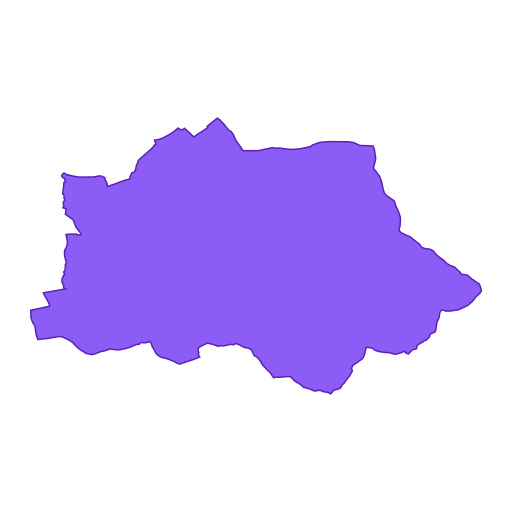 the district of Bagaciu, Mures, Romania
{"feature_id": "2599482B34559158259683", "entity_name": "Bagaciu", "entity_type": "district", "adm_level": 2, "iso_a3": "ROU", "parent_name": "Romania", "parent_adm1": "Mures", "projection": "equal_earth", "projection_center": [24.35, 46.273], "detail": "fine", "context": "isolated", "style": "filled", "palette": "violet", "viewbox_px": 512, "rotation_deg": 0, "n_neighbors": 0, "source": "geoboundaries", "source_scale": "gbopen_adm2", "svg_char_len": 5979}
<svg xmlns="http://www.w3.org/2000/svg" viewBox="0 0 512 512"><path d="M273.6,377.8L277.1,377.0L279.0,377.3L286.9,376.6L289.7,376.6L290.4,376.8L291.0,377.1L294.3,380.6L296.1,382.0L299.5,383.9L301.7,385.5L303.3,387.1L303.9,387.5L305.6,387.7L307.1,388.5L308.9,388.5L310.4,389.4L314.1,390.9L316.2,390.9L317.1,390.8L318.8,390.1L319.5,390.4L321.3,390.7L323.9,391.8L325.6,392.1L327.2,392.1L330.6,393.8L330.9,393.7L333.6,390.5L334.1,390.1L334.8,389.8L337.5,389.4L340.1,388.2L340.7,387.8L342.2,384.9L344.0,383.3L346.5,379.8L349.0,376.8L350.0,375.3L351.7,372.2L352.4,370.5L351.7,369.1L351.5,367.9L352.1,367.0L352.5,365.9L353.1,365.1L357.3,362.5L361.5,359.3L362.9,358.1L363.2,357.7L364.4,354.9L366.1,347.8L366.4,347.5L367.0,347.3L369.6,347.7L371.9,347.9L372.4,348.2L373.6,349.3L375.0,350.2L376.1,350.7L377.1,350.9L377.5,351.3L378.4,351.4L379.9,351.7L384.7,352.4L389.6,352.7L393.2,353.9L395.2,354.2L396.1,354.2L400.8,352.8L403.9,351.5L404.4,351.4L405.0,351.4L405.2,352.4L405.7,353.0L407.1,353.6L408.9,353.8L409.4,352.8L412.6,349.8L413.6,349.4L416.2,349.0L417.6,344.9L422.6,342.1L424.2,340.8L425.7,340.4L427.2,339.2L428.7,337.8L429.3,337.0L429.5,336.6L430.1,334.4L430.8,333.8L431.4,333.5L433.9,332.5L435.0,331.9L435.8,330.1L436.8,322.9L437.2,321.8L438.8,318.3L439.2,316.8L439.7,313.2L440.3,311.7L441.3,310.4L442.0,310.0L442.7,310.0L445.5,311.0L446.9,311.1L450.2,311.0L458.1,309.9L467.5,305.6L468.8,304.6L472.7,301.1L476.0,296.8L479.7,293.4L481.3,291.1L481.2,289.8L480.6,287.6L479.4,284.0L476.8,282.4L473.6,280.1L471.1,278.5L469.7,277.0L467.0,275.0L463.7,274.5L462.1,274.6L461.5,274.3L460.0,272.2L454.2,266.8L450.4,265.6L446.7,263.4L443.0,259.7L439.4,257.3L437.4,255.6L434.5,252.7L433.7,251.2L433.3,250.9L430.1,249.2L425.1,248.6L421.7,247.3L420.4,245.4L418.9,243.7L416.1,241.6L415.0,240.5L413.3,239.5L411.2,237.5L409.6,236.5L405.4,234.8L402.6,233.4L401.0,232.5L398.9,230.3L400.0,226.2L400.4,221.3L400.4,217.8L400.1,216.3L399.8,215.9L399.7,214.9L398.9,212.8L397.3,209.0L395.9,206.2L394.5,201.6L393.8,200.5L390.7,198.5L386.0,195.1L384.4,193.0L383.8,191.3L382.9,188.2L382.1,183.9L381.4,181.4L379.8,176.9L379.3,175.8L376.9,172.8L375.9,171.2L374.6,169.8L373.6,168.2L373.6,167.3L374.0,165.6L374.8,162.8L375.7,158.5L374.3,149.0L373.5,147.3L373.4,146.1L365.9,145.6L359.9,145.5L354.0,142.7L348.8,141.8L329.3,141.6L321.5,142.2L318.7,142.7L312.3,145.1L310.7,146.5L310.1,146.7L300.7,148.7L294.9,149.3L290.8,149.4L283.3,148.6L279.9,148.0L274.2,148.2L273.1,147.6L272.5,147.6L258.2,150.7L243.1,150.7L240.4,146.6L235.6,140.0L233.4,134.7L231.1,131.5L228.6,130.1L226.4,127.4L223.2,123.2L222.4,122.8L220.2,120.1L218.9,119.5L217.8,118.3L217.2,118.2L207.1,126.3L207.8,127.7L197.4,134.4L193.8,136.9L184.6,128.3L181.6,130.1L178.0,128.1L174.5,131.1L171.1,133.5L164.9,137.0L161.8,138.5L161.3,138.5L158.1,139.7L157.3,139.6L156.6,139.9L154.6,140.1L155.2,142.2L156.0,144.5L153.9,145.4L154.1,145.9L151.0,149.2L140.0,158.8L138.2,160.6L137.5,163.2L136.2,165.9L136.0,167.2L136.1,167.7L134.6,171.6L134.0,171.9L133.2,172.6L131.8,172.9L130.5,175.6L130.0,177.3L129.6,179.2L127.4,179.6L123.6,180.7L115.2,183.8L107.7,186.4L106.9,184.3L107.2,184.2L106.8,182.7L105.3,180.1L105.1,179.2L104.9,178.0L104.6,177.4L104.0,177.6L102.6,176.6L101.9,176.2L100.7,176.0L99.0,176.0L97.7,176.1L95.5,176.7L93.5,177.0L79.3,177.1L71.9,175.9L69.6,175.1L68.8,174.9L68.2,175.0L67.8,175.3L64.5,173.1L63.4,173.3L63.2,173.4L63.0,173.9L62.5,174.2L61.9,174.9L61.8,176.3L61.9,176.6L62.7,177.4L64.2,178.4L64.6,178.9L64.8,179.6L64.9,180.4L65.4,181.4L65.2,182.2L64.2,182.3L63.9,182.7L63.8,183.7L63.8,184.3L63.6,185.2L63.7,186.7L63.1,188.7L63.2,189.7L63.1,191.3L62.6,193.3L62.6,193.6L62.9,194.1L63.8,195.1L64.2,196.7L63.9,198.0L64.0,198.3L64.8,199.6L64.7,200.4L64.4,200.8L63.6,201.4L63.4,202.2L63.3,203.2L63.3,203.8L63.6,204.4L63.7,204.8L63.5,206.1L63.7,206.3L63.5,207.1L63.0,207.7L64.7,208.4L65.9,208.7L65.6,213.9L65.3,214.2L72.8,219.5L73.3,220.2L75.5,226.0L76.1,227.3L80.9,233.6L81.1,234.8L76.8,234.9L76.7,234.1L70.1,234.1L66.0,234.5L66.5,236.7L66.9,239.1L67.4,241.1L67.4,243.3L66.6,246.8L64.9,249.9L64.6,250.7L64.5,252.1L64.6,255.5L64.8,257.0L65.5,258.7L65.4,259.7L65.7,260.4L66.3,261.1L66.4,261.4L65.7,264.0L65.3,264.5L65.4,267.2L65.2,267.6L65.0,270.2L64.6,270.9L63.8,271.7L63.6,272.3L64.6,273.7L64.7,274.3L64.5,274.8L63.7,275.1L63.4,275.7L63.5,276.2L63.4,276.5L62.9,277.0L62.7,277.5L62.3,277.8L61.9,280.3L62.1,281.2L62.0,282.4L62.9,283.9L63.3,285.2L63.7,285.6L63.6,287.5L63.9,288.1L64.3,288.4L65.2,288.6L65.7,288.9L43.4,292.8L44.2,294.8L48.3,302.1L49.2,304.1L49.4,305.2L49.3,306.3L30.7,310.2L31.0,317.6L32.0,321.0L33.0,323.0L34.4,325.0L34.9,326.5L35.4,329.2L36.0,333.8L36.5,335.6L37.6,338.6L37.8,339.5L47.5,338.5L58.6,336.6L60.6,336.6L62.9,337.1L65.0,338.3L67.2,339.0L68.1,339.7L70.0,340.7L72.8,342.6L73.7,343.5L74.3,344.4L77.1,347.2L80.3,349.8L82.0,350.9L83.6,351.7L85.8,353.3L87.0,353.6L88.6,353.8L90.1,354.4L91.0,354.5L92.0,354.5L95.9,353.6L97.1,352.9L98.6,352.6L100.3,351.8L101.6,351.4L105.2,350.7L109.3,349.2L110.5,349.0L116.3,349.8L118.7,349.9L120.1,349.7L124.0,348.8L125.4,348.7L127.6,347.8L130.4,347.2L133.1,345.8L137.0,344.4L138.2,344.2L139.4,344.3L139.7,343.3L140.9,342.7L141.8,342.6L144.3,342.8L146.5,342.6L148.5,342.2L150.0,341.5L151.1,343.3L152.3,346.7L154.6,350.6L155.6,352.7L156.3,353.8L157.9,355.4L161.0,357.2L165.5,358.3L167.8,359.0L173.1,361.1L176.0,362.5L177.3,363.3L179.5,364.1L192.6,359.8L199.7,357.1L199.0,356.2L198.6,355.0L198.7,352.3L198.3,351.3L198.1,350.5L198.2,349.1L198.5,348.2L198.9,347.6L199.5,347.1L202.5,345.4L207.7,343.0L210.6,344.0L212.1,344.1L213.4,344.7L214.7,345.0L217.3,346.0L218.3,346.3L220.4,345.7L223.3,345.9L224.4,345.8L226.0,345.3L229.2,344.8L230.6,344.3L233.8,344.8L234.2,344.6L234.4,344.2L234.9,343.8L236.3,343.7L238.9,344.6L242.4,346.5L245.3,347.8L245.7,347.8L246.3,347.7L248.3,348.1L249.0,348.6L249.9,348.8L250.9,349.6L251.9,350.7L253.9,355.2L255.4,356.3L257.7,357.6L258.9,359.1L260.1,360.8L262.7,365.1L267.4,370.1L270.1,372.5L272.0,375.5L273.6,377.8Z" fill="#8b5cf6" stroke="#5b21b6" stroke-width="1.5"/></svg>